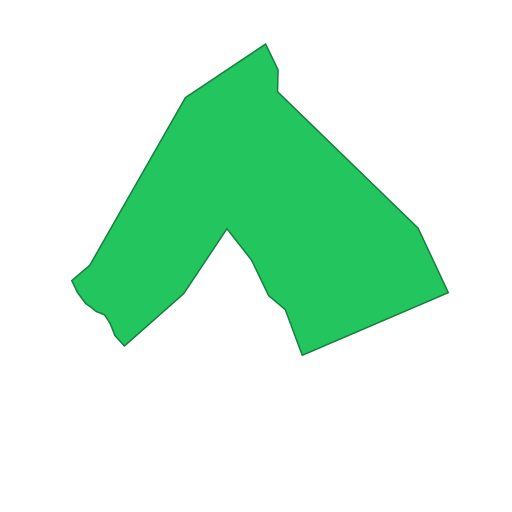 the border of Sejong, rotated 135°
{"feature_id": "KOR-5129", "entity_name": "Sejong", "entity_type": "Special self-governing city", "adm_level": 1, "iso_a3": "KOR", "parent_name": "South Korea", "parent_adm1": "", "projection": "orthographic", "projection_center": [127.244, 36.566], "detail": "fine", "context": "isolated", "style": "filled", "palette": "green", "viewbox_px": 512, "rotation_deg": 135, "n_neighbors": 0, "source": "natural_earth", "source_scale": "10m", "svg_char_len": 468}
<svg xmlns="http://www.w3.org/2000/svg" viewBox="0 0 512 512"><g transform="rotate(135 256 256)"><path d="M145.9,94.1L293.5,153.1L273.2,197.3L275.1,219.0L262.1,256.1L257.3,295.8L333.7,280.5L412.7,285.4L412.0,299.5L406.8,311.6L404.7,321.4L408.2,329.7L408.9,336.3L410.1,342.8L408.1,356.2L403.7,368.9L380.0,367.0L312.5,385.5L264.8,398.5L193.9,417.9L99.3,399.1L108.8,372.0L124.6,356.9L121.7,161.1L145.9,94.1Z" fill="#22c55e" stroke="#15803d" stroke-width="1.5"/></g></svg>